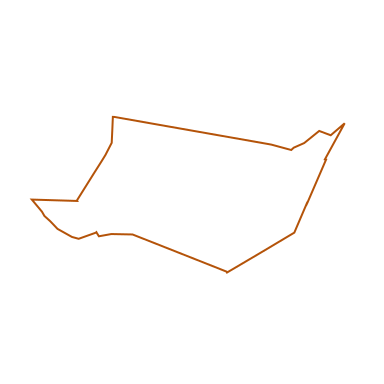 the district of Ti Rocher, Castries, Saint Lucia, rotated 353°
{"feature_id": "8701671B9780152008483", "entity_name": "Ti Rocher", "entity_type": "district", "adm_level": 2, "iso_a3": "LCA", "parent_name": "Saint Lucia", "parent_adm1": "Castries", "projection": "mercator", "projection_center": [-60.972, 13.995], "detail": "fine", "context": "isolated", "style": "outline", "palette": "amber", "viewbox_px": 384, "rotation_deg": 353, "n_neighbors": 0, "source": "geoboundaries", "source_scale": "gbopen_adm2", "svg_char_len": 747}
<svg xmlns="http://www.w3.org/2000/svg" viewBox="0 0 384 384"><g transform="rotate(353 192 192)"><path d="M124.3,108.1L123.9,108.0L122.6,107.8L120.4,121.1L118.3,133.4L114.4,139.1L110.6,144.7L105.8,150.7L96.6,161.9L76.8,186.3L77.0,186.9L32.1,180.0L34.9,184.3L40.7,193.3L42.6,197.8L47.7,203.7L48.9,205.3L54.0,212.2L67.4,222.0L70.6,223.3L73.7,224.6L74.4,224.5L90.5,220.9L91.4,220.7L92.2,220.2L92.4,220.8L94.2,224.6L106.8,223.9L127.8,226.9L187.0,259.1L216.5,275.2L216.9,276.2L250.5,261.6L288.6,244.8L304.4,217.6L304.5,217.9L305.2,216.8L329.0,176.2L327.9,175.8L351.9,142.4L351.0,143.0L350.4,143.4L336.6,152.6L325.7,146.9L309.3,157.1L298.4,160.4L295.6,162.4L276.7,154.7L274.2,153.9L124.3,108.1Z" fill="none" stroke="#b45309" stroke-width="2"/></g></svg>